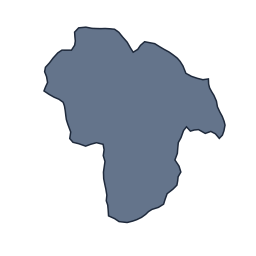 Vargem Alegre, Minas Gerais, Brazil, rotated 283°
{"feature_id": "56859067B29646680816538", "entity_name": "Vargem Alegre", "entity_type": "district", "adm_level": 2, "iso_a3": "BRA", "parent_name": "Brazil", "parent_adm1": "Minas Gerais", "projection": "albers", "projection_center": [-42.322, -19.604], "detail": "fine", "context": "isolated", "style": "filled", "palette": "slate", "viewbox_px": 256, "rotation_deg": 283, "n_neighbors": 0, "source": "geoboundaries", "source_scale": "gbopen_adm2", "svg_char_len": 1542}
<svg xmlns="http://www.w3.org/2000/svg" viewBox="0 0 256 256"><g transform="rotate(283 128 128)"><path d="M193.9,195.3L191.9,190.1L192.0,184.5L192.6,178.2L194.3,172.1L200.8,167.6L204.5,163.9L207.1,160.4L209.5,155.2L211.3,150.8L212.8,145.3L214.4,140.3L216.2,135.1L215.8,124.8L211.4,121.6L206.8,119.8L203.0,116.0L206.4,112.5L211.5,107.8L215.5,102.2L219.2,97.5L221.2,92.7L220.6,88.0L219.8,83.3L218.7,79.2L217.8,74.7L217.0,70.5L216.8,64.3L214.5,57.4L209.4,54.4L204.8,55.8L200.9,57.1L196.7,57.4L191.1,55.4L189.0,46.1L185.4,42.7L179.3,39.3L173.7,36.8L168.6,33.9L164.1,34.1L159.7,37.1L154.2,39.4L149.5,38.4L145.2,37.8L143.1,43.3L141.4,49.0L140.5,54.2L138.5,59.0L135.2,61.1L130.6,63.0L126.1,64.6L122.2,66.1L118.0,68.6L111.2,73.1L104.6,73.6L101.7,77.6L101.6,83.6L100.8,90.8L103.8,95.4L106.6,100.6L106.5,107.4L101.5,109.6L95.5,110.1L90.2,113.1L85.6,113.5L79.5,114.0L73.2,115.7L68.1,118.0L63.4,120.2L57.8,122.5L52.2,123.2L48.3,125.6L43.7,127.1L38.0,128.8L36.7,135.3L34.8,140.3L35.7,148.4L38.4,153.6L40.7,157.2L44.0,161.3L47.8,164.6L51.2,166.8L54.1,169.7L57.5,175.5L61.8,179.8L66.9,180.2L72.8,180.9L78.6,185.6L83.3,188.5L87.7,188.3L91.7,187.8L97.0,189.4L102.3,186.3L107.4,180.9L114.4,181.8L120.4,180.9L125.1,180.3L130.5,181.8L138.0,182.7L142.3,184.7L139.0,189.5L141.0,193.1L142.3,197.1L140.1,204.5L143.3,209.5L142.0,214.5L138.4,219.3L142.3,221.6L146.9,222.1L152.6,221.9L156.2,220.1L160.5,217.2L164.1,214.0L168.7,210.4L174.1,208.1L179.2,204.3L182.1,201.4L185.4,198.5L188.9,196.7L193.9,195.3Z" fill="#64748b" stroke="#1e293b" stroke-width="1.5"/></g></svg>